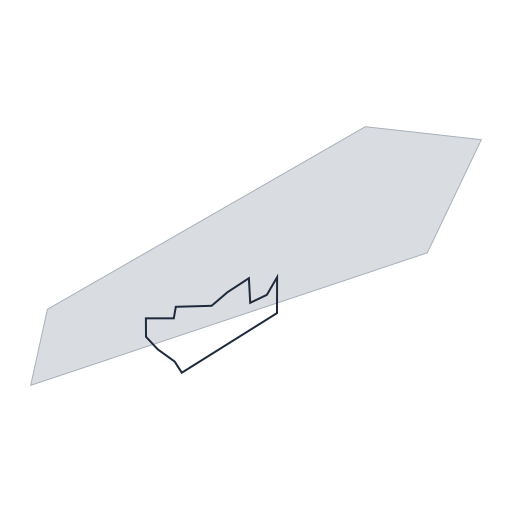 where Blowing Point sits in Anguilla
{"feature_id": "AIA-5114", "entity_name": "Blowing Point", "entity_type": "District", "adm_level": 1, "iso_a3": "AIA", "parent_name": "Anguilla", "parent_adm1": "", "projection": "mercator", "projection_center": [-63.087, 18.194], "detail": "fine", "context": "in_parent", "style": "outline", "palette": "slate", "viewbox_px": 512, "rotation_deg": 0, "n_neighbors": 0, "source": "natural_earth", "source_scale": "10m", "svg_char_len": 439}
<svg xmlns="http://www.w3.org/2000/svg" viewBox="0 0 512 512"><path d="M427.3,252.8L30.7,385.3L47.4,309.3L365.3,126.7L481.3,139.7L427.3,252.8Z" fill="#d9dde1" stroke="#a8b0b8" stroke-width="1"/><path d="M277.0,313.1L181.8,372.7L174.7,361.6L157.8,349.4L146.0,336.8L145.9,318.3L173.8,318.3L175.8,306.8L211.6,305.8L227.5,292.2L248.9,278.2L250.2,302.8L266.9,294.8L277.1,277.2L277.0,313.1Z" fill="none" stroke="#1e293b" stroke-width="2"/></svg>